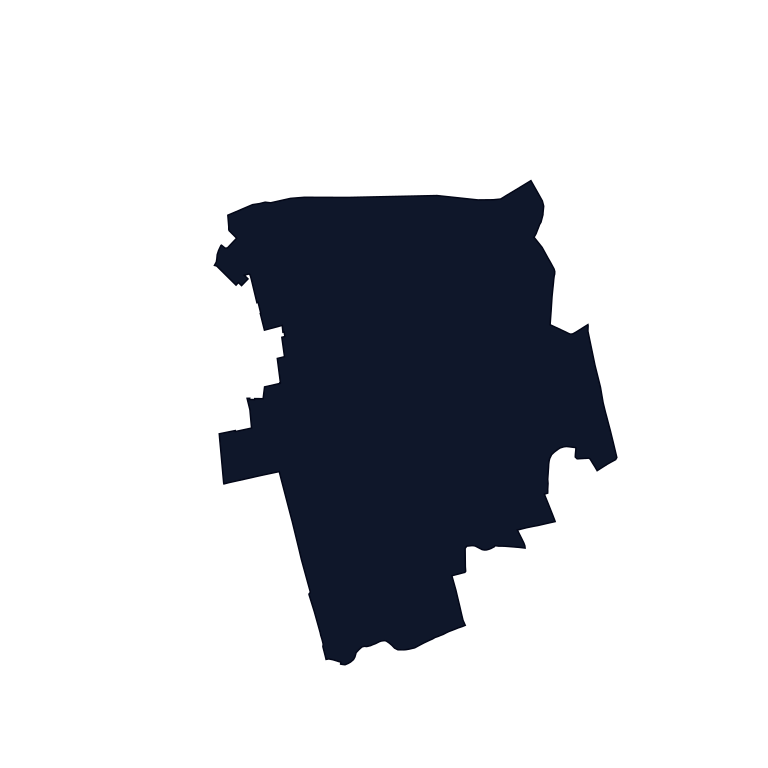 the district of 1 Decembrie, Giurgiu, Romania, rotated 129°
{"feature_id": "2599482B3986064328518", "entity_name": "1 Decembrie", "entity_type": "district", "adm_level": 2, "iso_a3": "ROU", "parent_name": "Romania", "parent_adm1": "Giurgiu", "projection": "natural_earth1", "projection_center": [26.066, 44.294], "detail": "fine", "context": "isolated", "style": "filled", "palette": "ink", "viewbox_px": 768, "rotation_deg": 129, "n_neighbors": 0, "source": "geoboundaries", "source_scale": "gbopen_adm2", "svg_char_len": 4395}
<svg xmlns="http://www.w3.org/2000/svg" viewBox="0 0 768 768"><g transform="rotate(129 384 384)"><path d="M562.4,445.5L561.3,444.7L558.3,442.5L540.2,428.1L537.1,425.7L530.7,420.6L518.0,410.3L522.1,404.8L547.6,370.2L548.3,369.2L565.6,346.5L572.4,337.7L573.4,336.3L586.4,318.2L591.9,310.5L592.6,310.1L594.1,310.2L594.7,309.9L595.0,309.6L595.2,309.2L595.7,308.5L604.9,294.7L617.4,277.1L619.2,274.9L621.1,272.0L623.1,269.3L624.4,267.6L626.6,266.2L627.8,264.6L629.5,262.3L631.3,259.9L632.4,258.4L633.5,257.0L633.7,256.7L634.5,255.7L632.4,253.9L630.4,250.1L628.7,245.9L628.2,244.5L628.1,244.4L628.0,244.1L627.8,243.7L627.6,243.2L627.3,242.7L627.6,242.3L627.8,242.1L628.4,241.8L628.8,241.6L629.0,241.5L629.0,241.4L627.9,239.5L626.7,237.6L623.7,236.0L621.1,235.0L617.4,234.3L614.5,234.8L613.8,235.1L611.0,236.3L610.5,236.6L606.1,236.3L602.3,235.7L600.3,234.3L598.9,232.2L595.8,229.8L593.8,228.8L591.1,227.2L587.1,225.4L585.5,224.4L584.2,223.2L583.2,222.2L582.3,220.6L582.0,216.8L582.1,213.4L582.6,209.6L581.8,205.9L580.3,204.1L578.1,201.3L576.6,199.7L574.2,197.6L572.0,195.9L569.7,194.1L564.4,191.9L560.0,190.0L554.6,187.4L551.7,185.9L548.8,184.8L545.8,182.9L544.2,182.1L541.3,180.4L538.0,179.0L535.5,177.8L532.6,176.1L530.0,174.6L526.9,172.9L523.3,170.6L520.4,169.0L517.9,173.9L513.6,179.5L509.2,185.1L505.9,189.4L500.2,196.8L499.1,198.2L490.3,210.6L480.5,203.4L479.5,202.6L478.1,202.7L474.8,205.8L460.7,217.5L458.6,217.6L457.4,217.4L457.1,216.8L456.3,216.0L455.3,215.0L454.5,214.2L454.1,213.7L453.5,213.0L453.3,212.6L453.1,212.2L452.5,211.2L452.3,210.2L451.5,206.3L451.3,205.4L451.1,204.5L451.1,204.1L450.8,203.3L450.0,201.8L449.7,201.4L448.6,200.1L448.4,199.9L447.3,199.1L446.3,198.4L445.6,198.0L444.6,197.4L443.9,197.1L442.2,196.4L441.8,196.2L441.2,195.9L440.8,195.9L440.4,195.9L439.7,195.9L437.8,192.8L435.6,190.1L434.1,188.1L429.2,181.0L426.2,176.6L422.7,171.1L421.1,172.7L419.6,175.2L417.6,179.5L414.9,185.5L413.5,188.5L412.3,187.5L405.9,182.7L400.2,178.0L397.2,175.4L389.0,169.0L386.1,166.7L384.6,165.5L383.2,164.4L382.5,165.5L379.9,170.0L374.4,179.8L368.9,189.7L368.7,190.0L368.2,189.7L366.8,188.8L365.8,188.1L364.2,189.3L362.8,190.5L361.0,191.8L358.1,193.9L355.0,196.8L350.6,199.9L347.2,202.3L345.6,203.4L342.6,205.6L339.8,207.3L337.7,208.3L335.5,208.8L333.4,209.3L329.7,208.8L324.9,207.6L322.7,206.8L322.4,206.6L319.6,204.7L317.7,202.8L316.2,200.5L313.4,196.0L312.8,195.2L313.1,194.5L314.3,193.6L317.8,191.3L319.6,190.0L320.4,189.4L320.5,188.2L320.6,186.9L320.1,186.2L318.5,184.5L316.9,182.7L315.3,181.0L314.3,179.8L313.2,178.7L312.8,178.3L312.6,176.5L312.8,176.0L314.3,171.9L315.5,168.3L316.9,164.6L317.1,164.0L317.2,163.8L314.2,162.8L310.3,161.5L308.5,160.9L307.0,160.3L306.6,160.3L306.1,160.1L301.8,158.4L297.0,156.4L294.6,156.8L284.9,169.4L279.6,176.4L278.0,178.5L273.4,184.8L269.2,190.5L266.6,194.1L266.3,194.5L260.6,202.0L250.3,213.7L236.6,231.9L233.4,235.8L214.6,258.8L210.2,262.1L209.5,262.9L222.7,267.4L226.2,268.8L227.6,270.1L228.2,271.1L228.8,273.4L229.2,275.3L233.4,292.2L222.8,299.6L222.5,299.8L210.2,308.5L209.6,308.9L197.8,316.6L195.9,317.9L192.8,319.8L191.2,320.5L189.1,322.1L187.6,324.2L184.9,330.7L183.2,335.1L183.1,335.4L178.4,346.9L178.3,347.2L175.6,359.5L175.7,359.8L174.6,359.9L172.1,360.3L171.5,360.4L167.8,361.6L163.4,363.0L162.4,363.4L161.0,363.6L159.5,363.8L152.4,367.0L151.1,368.0L145.3,371.8L142.1,376.1L139.6,382.3L134.6,395.0L133.5,397.8L143.6,401.4L160.1,407.4L163.9,408.7L166.9,409.8L172.2,415.2L181.8,426.8L204.2,461.4L215.2,474.4L260.5,528.0L262.4,530.3L289.1,563.5L298.6,573.5L314.5,586.1L317.5,590.8L322.2,594.3L327.3,599.0L333.5,602.3L335.4,603.3L344.7,608.2L351.1,611.6L357.6,605.4L359.5,603.6L361.5,602.0L362.3,600.9L363.4,590.3L376.8,591.3L378.4,592.9L378.4,597.7L378.9,597.9L384.3,596.6L388.5,595.0L391.9,592.7L394.7,591.1L398.5,590.4L397.6,588.3L400.3,561.2L396.8,561.0L397.2,556.6L387.9,555.8L387.4,561.0L384.0,558.6L383.4,557.9L383.3,557.3L384.3,555.5L386.2,552.9L393.5,543.4L400.8,533.9L399.7,533.3L406.5,524.4L407.0,524.6L417.4,510.8L402.5,500.0L407.4,495.1L406.4,494.4L409.5,490.9L412.0,492.8L425.4,478.5L431.3,483.0L448.2,465.3L448.6,465.7L449.0,465.2L461.4,475.0L471.5,468.7L476.7,475.3L477.6,474.8L480.6,478.7L479.6,479.4L481.3,481.4L488.4,472.0L501.6,459.2L514.5,469.6L513.8,470.3L526.4,480.7L527.3,479.8L529.1,478.1L537.3,470.1L557.1,450.9L561.0,447.1L562.0,446.1L562.4,445.5Z" fill="#0f172a" stroke="#020617" stroke-width="1.5"/></g></svg>